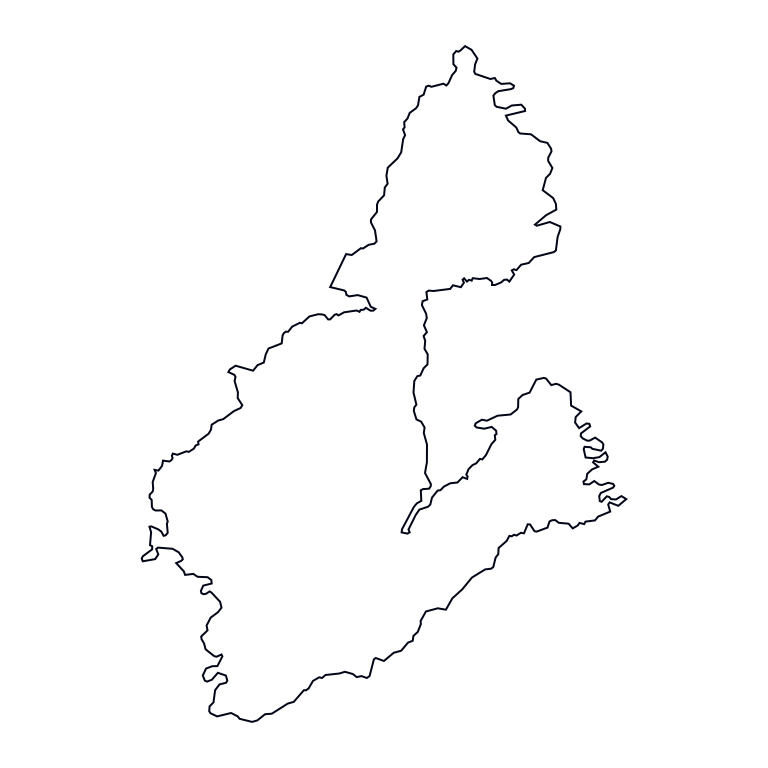 Curvelo, Minas Gerais, Brazil
{"feature_id": "56859067B91333590661662", "entity_name": "Curvelo", "entity_type": "district", "adm_level": 2, "iso_a3": "BRA", "parent_name": "Brazil", "parent_adm1": "Minas Gerais", "projection": "albers", "projection_center": [-44.407, -18.753], "detail": "fine", "context": "isolated", "style": "outline", "palette": "ink", "viewbox_px": 768, "rotation_deg": 0, "n_neighbors": 0, "source": "geoboundaries", "source_scale": "gbopen_adm2", "svg_char_len": 6094}
<svg xmlns="http://www.w3.org/2000/svg" viewBox="0 0 768 768"><path d="M595.0,520.4L598.1,516.6L610.2,511.6L608.2,504.5L609.6,502.4L618.3,505.8L626.3,499.1L621.4,496.1L615.9,499.5L611.1,499.1L609.2,497.0L606.8,496.3L601.6,501.8L599.8,501.1L599.2,496.1L600.8,493.0L613.1,487.6L614.3,485.8L613.1,483.9L608.2,482.8L601.9,485.0L598.9,484.5L594.3,481.0L589.3,484.4L583.9,484.1L583.5,481.5L586.3,479.4L587.3,473.7L592.1,469.4L598.3,466.7L593.1,462.4L594.1,460.5L598.9,462.2L604.9,461.7L607.1,459.7L607.7,456.6L605.5,452.3L599.4,457.1L593.1,458.2L585.6,457.5L583.7,449.1L584.6,446.8L590.8,447.3L592.3,448.8L601.2,450.7L602.9,448.8L603.4,444.5L602.1,442.4L595.1,437.6L589.7,440.6L587.3,440.7L582.7,438.4L580.7,436.1L581.0,433.4L590.2,426.4L589.3,423.8L586.5,423.5L579.1,428.1L575.1,422.5L575.7,417.0L581.3,411.4L571.1,405.6L570.5,392.3L559.0,384.7L556.1,383.8L551.3,385.1L546.1,378.6L543.9,377.9L536.3,379.6L529.6,392.6L522.6,395.0L518.3,399.0L518.1,407.3L516.9,409.6L510.6,414.5L497.6,415.7L486.9,420.7L481.9,419.7L475.7,423.3L474.8,425.7L476.7,427.5L484.3,428.7L491.7,426.9L496.1,430.7L496.5,434.0L494.8,435.2L495.3,439.8L491.4,444.2L485.9,455.2L482.3,459.4L479.9,458.9L476.3,463.3L472.5,465.1L468.6,469.1L466.3,474.6L467.6,476.6L467.1,478.9L462.6,477.2L457.5,482.5L450.2,483.3L443.9,486.6L440.4,490.2L437.6,490.6L432.0,497.6L430.3,504.6L428.1,506.7L419.4,509.6L415.8,514.8L408.5,529.5L409.7,532.3L407.4,533.6L401.6,532.4L402.0,529.3L413.9,506.9L416.9,503.3L421.3,500.9L420.8,490.3L423.0,489.1L429.1,488.7L430.7,486.3L430.9,484.1L425.0,473.0L426.9,462.3L427.0,444.6L423.8,433.0L424.6,427.5L421.1,421.6L416.5,419.5L413.8,410.9L414.3,407.3L416.4,404.7L413.5,392.6L414.3,381.0L417.3,376.2L420.3,375.5L423.6,368.3L427.5,364.4L427.7,354.3L424.5,348.8L425.2,340.8L423.6,336.0L426.9,332.2L423.9,325.3L426.8,318.1L426.1,313.7L421.9,305.1L422.6,301.2L427.3,299.5L426.4,292.1L428.6,290.6L433.6,291.0L450.2,288.9L452.9,285.3L460.9,287.2L463.9,282.7L462.6,279.7L464.1,278.3L467.0,281.6L469.0,279.8L471.7,280.6L472.7,278.2L479.7,279.0L486.9,278.0L491.0,280.8L492.2,282.5L492.0,285.0L495.0,285.0L501.0,282.5L504.2,279.8L507.0,279.6L509.3,281.6L514.2,274.6L511.8,270.4L513.8,269.3L516.5,270.1L521.1,264.7L528.7,263.0L534.2,257.1L553.8,252.1L555.9,250.4L557.6,237.0L560.3,229.2L560.4,226.5L549.8,222.0L536.8,225.7L535.0,224.6L546.1,215.2L556.3,209.6L555.9,203.9L553.2,198.1L542.7,190.2L546.0,177.9L550.0,173.9L552.4,168.0L548.2,161.0L548.2,157.7L551.5,151.4L551.1,148.7L547.4,142.9L540.1,141.2L531.0,134.3L520.2,133.5L518.4,132.1L516.3,127.5L508.1,120.5L505.9,115.6L525.1,111.0L525.0,108.7L521.3,104.7L511.7,105.5L506.0,108.7L496.6,106.8L494.8,105.1L493.4,95.6L495.2,93.3L498.2,91.2L511.0,89.1L513.3,88.1L514.0,85.7L510.1,83.3L501.2,83.9L496.4,80.7L494.8,78.0L490.4,79.0L475.3,73.9L474.2,71.7L475.1,64.4L477.4,58.5L471.6,49.9L465.1,46.1L460.3,50.6L458.4,51.7L456.2,51.0L453.3,54.4L453.4,64.2L456.5,67.7L455.7,70.9L452.1,75.1L448.4,83.3L446.3,85.5L443.5,83.7L431.4,86.8L428.8,85.7L426.2,86.6L423.6,94.7L419.4,96.9L418.0,105.4L416.1,108.2L409.7,112.9L407.5,118.5L404.2,122.1L404.6,127.4L403.0,129.4L405.1,135.2L403.2,139.0L401.2,152.3L397.5,158.4L387.8,167.6L386.4,175.7L387.6,183.7L384.8,187.5L384.1,195.3L378.2,201.5L377.0,204.7L377.0,211.9L371.0,219.4L370.9,222.3L375.0,230.4L376.6,241.4L374.4,243.7L368.7,244.8L362.9,248.5L360.9,248.2L351.8,255.0L346.1,254.1L330.2,287.1L344.1,290.4L345.8,291.8L346.4,294.8L349.2,296.4L357.7,295.1L366.6,297.6L370.7,306.7L375.4,308.9L373.2,310.7L370.5,310.7L365.9,307.8L363.7,309.7L360.7,309.9L359.5,311.8L356.5,310.5L344.1,312.3L338.5,315.4L336.5,314.1L334.6,314.8L330.1,319.4L328.1,319.4L324.6,315.1L322.5,314.5L318.3,314.2L309.5,316.4L301.9,323.3L299.8,322.8L292.1,326.7L288.1,331.8L285.8,331.7L283.8,333.2L282.6,335.4L281.7,343.4L268.5,348.5L265.8,354.2L263.8,362.5L257.5,365.2L253.1,370.7L235.6,365.7L229.8,369.5L228.4,372.1L234.3,374.8L235.5,376.7L234.6,381.1L237.9,392.3L237.7,398.1L242.3,405.2L240.6,408.0L233.9,411.1L223.3,419.1L218.3,420.5L211.7,424.7L210.9,429.8L208.6,433.7L198.1,441.6L198.5,444.4L195.6,445.5L193.9,448.6L188.8,451.9L186.4,451.3L177.4,454.8L172.8,453.6L171.9,455.9L172.6,458.2L171.4,460.1L169.4,461.5L163.0,460.6L162.1,465.8L158.4,470.6L154.6,469.9L155.9,473.1L152.7,482.0L153.2,488.8L152.7,491.5L149.7,494.6L149.5,497.6L151.7,500.0L151.9,506.8L153.1,509.2L155.5,510.5L161.4,510.4L165.5,513.6L167.7,521.5L166.9,523.9L167.7,532.8L165.7,535.3L163.6,535.8L161.3,531.6L158.5,529.5L151.4,526.4L149.5,526.7L151.1,532.3L150.0,545.2L152.2,546.2L152.1,549.4L142.8,556.3L141.7,558.6L142.8,561.3L155.2,559.1L158.3,554.4L156.2,549.0L158.0,547.6L172.6,548.8L178.7,552.3L182.3,557.3L182.8,559.3L181.3,560.8L176.2,563.1L183.8,571.3L185.1,574.9L193.3,573.9L197.6,576.8L207.6,577.2L211.3,580.0L211.7,583.5L203.3,585.6L200.9,590.8L201.4,593.1L203.4,594.2L206.0,593.8L209.7,591.4L211.6,592.7L220.1,601.8L221.5,607.7L218.0,612.2L210.7,617.6L206.6,625.5L207.5,630.4L201.2,636.5L201.6,639.3L204.1,643.5L205.5,649.1L207.8,651.1L214.3,656.2L216.6,656.7L221.5,654.5L222.4,656.4L217.4,666.1L212.2,666.2L206.0,668.6L202.8,675.5L204.8,680.6L207.1,681.6L211.9,679.7L217.9,672.8L225.9,675.6L227.3,680.6L226.0,682.8L219.5,684.4L215.1,690.2L213.5,702.4L209.6,706.3L209.2,711.2L210.6,713.3L217.1,716.4L231.1,713.0L237.6,716.3L239.6,718.8L252.1,721.9L257.3,720.4L265.1,714.2L271.8,713.7L287.7,703.6L293.7,701.9L303.9,690.2L306.1,690.3L308.7,688.3L313.0,680.9L319.2,677.3L322.0,678.0L325.5,675.0L339.4,673.5L344.9,671.8L352.8,674.0L356.7,677.1L361.5,676.1L366.9,678.0L369.6,676.0L373.9,659.3L375.8,658.0L383.9,661.0L393.7,652.8L401.2,650.7L408.0,642.6L412.7,640.8L413.4,635.9L417.8,631.9L420.9,624.0L420.6,621.0L425.9,611.5L437.8,608.3L445.9,609.7L452.3,598.4L462.3,589.3L472.0,577.5L485.2,569.4L491.2,568.7L493.3,567.0L495.6,557.6L498.3,554.1L498.6,548.0L506.6,541.0L509.4,535.9L511.7,536.3L514.0,534.8L516.6,535.5L520.8,532.8L524.0,533.3L527.7,524.3L530.1,524.5L534.5,531.2L536.7,531.6L547.5,527.6L549.5,521.5L552.1,520.2L555.3,520.1L558.8,522.8L568.6,523.7L572.7,528.4L577.7,525.5L579.5,522.9L584.2,524.1L585.5,521.6L595.0,520.4Z" fill="none" stroke="#020617" stroke-width="2"/></svg>